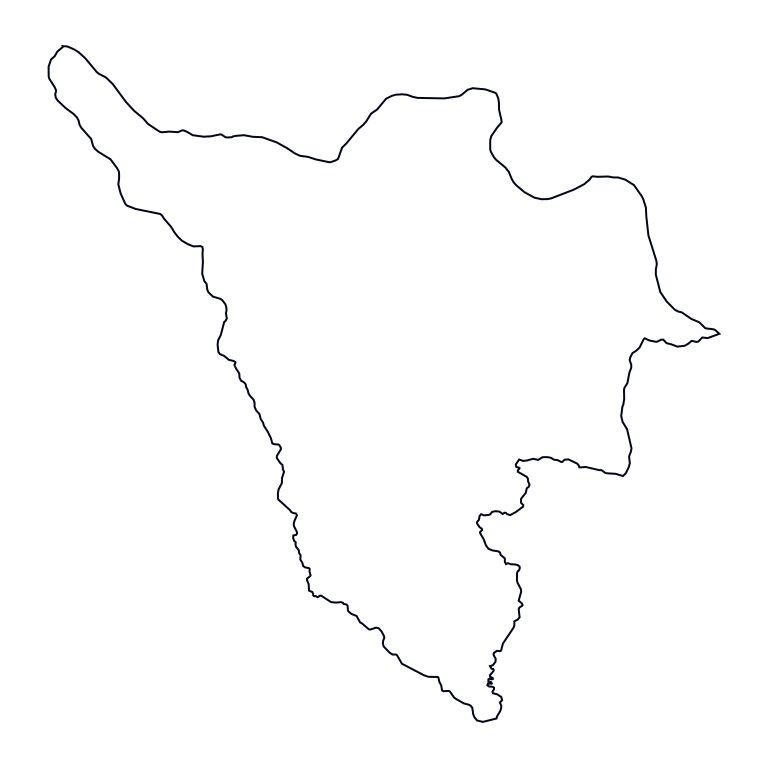 La Celia, Risaralda, Colombia
{"feature_id": "7082276B6796098252529", "entity_name": "La Celia", "entity_type": "district", "adm_level": 2, "iso_a3": "COL", "parent_name": "Colombia", "parent_adm1": "Risaralda", "projection": "albers", "projection_center": [-76.011, 4.98], "detail": "fine", "context": "isolated", "style": "outline", "palette": "ink", "viewbox_px": 768, "rotation_deg": 0, "n_neighbors": 0, "source": "geoboundaries", "source_scale": "gbopen_adm2", "svg_char_len": 6059}
<svg xmlns="http://www.w3.org/2000/svg" viewBox="0 0 768 768"><path d="M719.4,333.8L715.3,330.1L713.6,329.3L705.4,328.3L699.3,322.3L691.3,318.9L681.8,312.4L678.1,311.5L674.8,309.7L666.6,301.4L660.3,292.0L655.8,274.6L655.9,269.2L656.8,264.2L656.4,260.9L648.4,235.4L646.3,216.2L645.9,207.7L643.2,199.0L641.8,196.3L634.0,185.1L625.2,179.6L618.2,177.5L612.9,177.4L608.2,176.5L597.5,176.8L592.6,176.3L591.5,176.9L589.5,179.7L584.2,184.2L573.7,189.7L551.1,198.4L547.4,199.1L541.5,199.2L534.5,197.7L524.5,192.2L516.5,185.5L513.7,182.4L512.1,179.7L508.7,171.7L505.5,167.6L496.3,160.0L494.0,157.3L490.8,151.6L490.2,149.2L490.2,140.2L491.3,136.1L497.0,127.8L501.6,122.4L501.4,120.0L499.1,109.9L498.9,102.4L498.3,98.6L496.7,94.5L495.8,93.1L494.8,92.6L485.3,89.4L472.7,88.2L467.6,89.8L462.1,94.5L459.1,96.2L444.3,98.4L417.7,97.9L412.5,96.8L407.2,94.8L402.4,94.3L395.8,94.7L392.0,95.8L386.1,98.7L377.1,109.5L371.0,113.7L366.5,121.0L363.4,124.7L358.4,128.9L346.4,143.4L342.1,147.6L338.1,158.8L335.9,160.3L330.9,162.1L329.1,162.2L315.8,159.4L308.1,156.9L300.0,155.8L294.7,153.3L287.3,148.3L276.7,142.4L262.1,137.2L252.7,136.8L244.0,135.2L235.5,135.9L233.0,136.4L231.8,137.2L227.0,137.5L225.3,137.1L221.4,134.5L220.1,134.4L210.9,136.3L203.7,136.7L192.7,135.2L187.4,132.0L184.1,130.6L182.3,130.3L177.8,132.2L169.4,131.6L161.7,132.3L159.5,131.6L148.2,124.1L143.2,118.4L133.9,110.6L126.0,102.0L112.8,84.1L105.8,77.3L99.0,73.9L96.7,72.0L85.4,58.4L78.6,52.2L74.5,49.6L67.5,46.5L62.9,46.1L63.2,46.6L57.2,51.8L54.7,56.2L51.0,59.5L48.6,66.7L48.7,76.6L49.3,78.7L54.6,87.0L55.9,90.0L56.1,91.1L55.2,94.3L55.8,97.8L57.8,100.7L65.3,107.8L73.5,113.9L77.0,117.5L78.7,120.9L79.6,124.9L81.3,127.8L91.2,139.0L93.0,145.8L94.8,148.6L98.2,151.7L110.5,159.3L117.1,168.2L118.8,171.4L119.1,173.4L119.1,178.7L118.3,184.3L120.7,193.7L125.2,203.6L126.9,205.6L135.8,209.0L160.2,214.0L161.9,215.3L163.9,218.5L171.2,227.0L174.5,232.5L177.8,236.7L181.9,240.7L188.1,244.3L193.5,246.4L200.7,246.1L202.3,247.0L202.9,249.3L202.5,253.3L202.9,262.1L202.2,273.7L204.3,281.0L206.6,284.0L207.3,289.8L208.5,292.3L212.9,296.6L220.2,298.8L222.3,300.2L225.4,304.3L226.4,307.8L226.5,310.8L225.9,313.2L226.8,318.5L225.7,320.7L224.2,322.0L220.8,335.0L218.1,340.3L217.6,344.8L218.4,351.9L219.9,354.1L224.0,355.8L229.0,359.9L233.0,360.8L235.3,361.9L235.5,362.7L234.4,364.8L235.8,368.1L239.3,373.6L239.5,377.8L241.1,380.7L244.4,382.6L245.7,384.4L246.1,386.9L247.7,390.0L248.6,393.6L249.8,395.6L253.6,399.7L254.6,402.8L254.5,406.5L256.0,410.2L259.4,414.0L260.7,418.9L263.0,422.7L264.0,425.9L267.9,432.0L270.9,438.2L272.3,443.3L273.9,444.2L278.4,444.5L279.2,445.0L280.7,447.4L280.9,449.3L277.0,455.7L276.7,457.8L280.2,463.0L282.4,464.9L283.0,469.4L284.0,471.9L282.0,478.1L281.9,483.1L278.6,489.4L277.9,493.0L278.0,498.5L278.4,499.6L289.7,509.8L291.4,512.1L293.3,513.1L295.8,513.4L297.0,515.3L294.6,520.5L293.7,523.9L294.0,526.2L296.8,531.7L297.0,533.4L296.3,534.8L293.3,535.5L293.2,538.0L294.1,540.9L295.7,542.2L295.5,544.5L296.0,546.7L298.7,550.1L299.3,553.5L300.6,555.1L300.3,559.5L302.3,562.7L303.3,566.2L305.4,567.5L308.9,568.1L309.7,569.0L309.5,571.7L310.6,575.2L310.1,576.2L307.0,578.6L307.1,580.5L308.6,583.9L309.1,590.7L312.3,592.0L313.2,594.0L313.2,595.4L314.1,596.2L315.7,596.1L317.8,597.2L319.7,595.8L321.0,595.6L331.1,602.1L336.0,602.6L340.9,602.1L342.9,602.8L343.6,603.9L346.7,604.6L347.6,605.9L347.9,610.2L348.5,611.5L351.6,614.0L356.5,615.9L360.2,622.5L362.0,623.4L368.8,629.3L370.6,629.5L375.8,627.7L378.5,628.1L381.6,631.5L384.1,636.3L384.3,637.8L383.1,640.9L382.9,643.7L383.7,646.5L389.5,652.6L392.5,654.5L396.0,654.5L397.1,655.3L401.9,663.7L423.8,675.2L428.4,676.8L437.7,677.0L438.4,677.6L439.4,682.0L441.2,685.3L442.1,690.5L443.3,691.2L448.7,690.9L449.8,691.4L454.1,697.5L455.6,698.7L463.8,703.4L469.4,704.9L471.1,706.1L472.3,707.9L473.2,714.2L474.4,717.2L476.9,720.4L482.8,721.9L496.5,718.5L496.9,716.6L500.2,711.1L501.1,708.4L501.3,705.8L499.9,702.5L502.1,700.2L501.2,696.9L497.0,694.2L492.9,693.3L492.4,691.8L494.0,689.3L494.0,687.7L492.8,686.8L489.1,686.5L487.4,685.2L488.0,683.5L491.3,683.8L491.8,683.4L491.0,682.1L488.4,681.4L488.4,679.3L489.6,678.8L491.9,679.4L492.9,678.9L492.6,677.9L490.1,676.7L490.0,675.1L493.6,670.8L493.7,669.8L493.2,669.0L491.5,668.7L490.0,666.1L492.9,665.2L495.5,661.8L495.7,658.8L493.5,654.7L494.0,652.9L497.0,650.8L499.8,651.2L501.1,650.6L502.9,643.6L513.6,627.6L514.4,625.1L514.3,621.4L517.7,619.6L519.6,617.3L518.7,609.2L519.4,607.6L522.4,605.5L522.5,604.7L521.9,603.5L518.7,600.6L521.2,591.6L520.9,589.2L517.5,582.7L516.9,580.0L517.1,572.8L517.7,571.3L519.0,570.4L519.8,568.1L519.6,566.6L517.7,565.1L514.7,564.4L511.3,564.3L507.8,563.2L506.0,564.1L504.9,562.0L504.8,558.3L500.7,555.0L500.0,552.5L498.3,551.4L492.4,550.4L488.4,548.7L485.9,545.3L483.8,539.5L480.1,533.1L480.0,532.1L482.0,530.2L481.8,528.7L479.6,527.2L477.0,523.3L477.0,522.1L478.9,519.9L479.6,516.0L481.2,514.2L484.1,515.4L489.1,514.8L490.3,514.2L492.0,512.0L495.2,511.2L499.4,511.6L502.7,514.0L504.4,512.8L505.5,512.7L507.3,514.2L510.2,515.1L515.9,512.0L523.1,506.6L523.3,505.1L521.1,502.9L521.0,498.9L525.8,492.8L526.7,488.4L528.8,486.7L529.5,484.8L528.1,481.3L527.9,478.5L526.8,476.9L517.9,471.8L517.8,470.4L519.5,468.4L519.4,467.8L516.4,467.0L515.8,465.3L516.0,464.1L519.2,459.5L523.0,460.9L526.4,460.6L533.2,458.8L538.1,459.9L542.6,457.2L547.4,457.1L550.9,457.8L554.0,459.7L557.8,460.2L561.3,462.0L562.3,461.9L564.6,459.7L568.4,459.4L577.0,463.5L578.6,465.2L579.4,467.4L585.8,467.0L599.2,470.1L601.5,470.1L605.1,472.8L606.9,473.3L615.5,473.8L623.0,476.0L625.7,473.4L629.0,466.7L629.8,463.2L629.1,456.4L630.9,451.6L631.5,448.3L627.1,429.3L622.6,421.9L621.2,416.0L622.4,406.7L623.3,404.8L624.2,398.9L624.0,389.7L624.4,387.9L627.4,383.1L629.4,372.6L631.2,367.9L631.3,364.9L629.7,360.1L630.4,357.0L632.5,353.1L636.3,350.7L639.6,347.5L643.6,339.4L644.7,338.3L649.5,340.5L655.9,341.8L657.4,341.6L661.0,339.7L663.3,339.7L666.6,343.2L670.6,344.1L677.4,346.6L684.6,345.8L688.4,343.6L691.7,340.8L696.4,341.9L698.2,341.7L702.3,337.5L707.6,338.1L719.4,333.8Z" fill="none" stroke="#020617" stroke-width="2"/></svg>